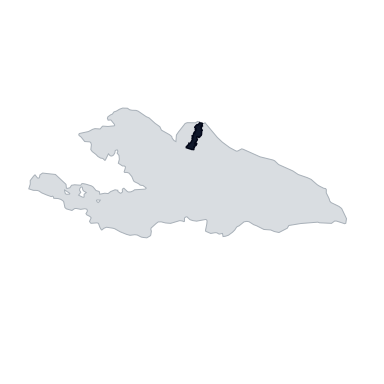 location of Moskva, Chuy, Kyrgyzstan, rotated 22°
{"feature_id": "92254566B97912896039768", "entity_name": "Moskva", "entity_type": "district", "adm_level": 2, "iso_a3": "KGZ", "parent_name": "Kyrgyzstan", "parent_adm1": "Chuy", "projection": "robinson", "projection_center": [74.071, 42.777], "detail": "fine", "context": "in_parent", "style": "filled", "palette": "ink", "viewbox_px": 384, "rotation_deg": 22, "n_neighbors": 0, "source": "geoboundaries", "source_scale": "gbopen_adm2", "svg_char_len": 6709}
<svg xmlns="http://www.w3.org/2000/svg" viewBox="0 0 384 384"><g transform="rotate(22 192 192)"><path d="M86.7,225.6L87.6,225.1L90.5,224.5L96.5,224.0L98.5,224.4L102.5,226.6L105.6,226.3L106.2,226.7L107.3,228.6L111.6,225.8L114.8,224.9L116.4,222.1L119.8,218.8L122.6,218.2L122.7,218.8L123.2,219.3L126.1,220.0L127.0,219.1L127.5,217.9L126.5,216.0L126.5,215.2L127.4,214.0L132.0,215.8L133.1,215.8L135.2,214.8L137.1,212.9L137.9,211.5L147.4,206.9L148.1,206.0L147.9,205.4L144.0,204.3L142.2,204.9L140.5,204.9L139.5,204.3L134.7,204.0L133.6,203.5L130.4,200.2L126.5,198.1L124.5,198.2L122.2,199.1L121.5,198.7L121.3,195.5L120.9,193.6L119.5,193.2L117.8,193.9L112.9,192.9L112.4,188.9L110.6,185.4L108.0,184.0L108.0,181.9L107.1,181.0L106.3,181.3L105.3,182.3L105.8,184.7L105.4,187.0L104.8,188.1L103.6,189.0L102.4,189.0L100.2,187.9L99.7,194.9L99.3,195.3L96.7,194.3L94.5,194.8L91.4,194.3L89.0,193.2L84.4,191.9L82.3,190.6L81.0,185.8L79.7,184.2L78.5,183.8L73.6,185.4L68.6,182.6L66.1,181.9L65.5,181.1L65.6,180.0L73.4,174.7L76.4,171.1L78.3,169.6L83.2,168.0L84.3,164.7L84.7,164.3L89.6,162.7L95.1,159.8L95.3,159.0L94.7,158.3L89.8,155.6L87.3,156.8L85.9,155.3L85.9,153.7L87.6,151.0L89.0,149.6L89.6,147.0L91.6,145.3L93.7,142.5L96.2,140.2L100.8,138.5L103.3,139.1L105.7,138.7L109.5,137.3L111.7,137.2L121.3,139.3L124.5,139.4L131.9,142.1L137.7,143.5L140.5,146.1L149.8,147.3L152.4,148.1L153.3,149.4L155.9,151.0L158.2,151.3L156.2,145.0L157.0,141.3L160.0,131.0L161.6,129.5L169.2,126.6L170.9,124.4L176.4,124.5L177.5,124.1L178.1,122.9L195.0,131.9L201.4,134.4L210.2,136.7L217.7,137.5L219.0,136.9L221.9,133.4L223.3,133.2L241.9,133.9L255.1,132.0L257.0,132.1L262.0,134.1L277.7,134.7L283.9,136.0L293.7,135.5L297.8,135.7L305.2,138.3L307.9,138.8L312.7,139.2L314.6,138.8L315.6,139.4L316.8,142.5L321.4,146.6L323.2,148.8L324.9,149.7L333.6,150.3L336.9,151.2L345.2,158.8L346.3,163.3L345.5,164.2L337.0,164.8L335.1,165.5L333.1,168.8L321.7,172.8L320.0,172.8L304.8,180.4L294.3,186.8L293.9,189.9L287.8,197.0L283.1,197.8L279.2,197.7L272.7,199.8L264.3,199.1L261.5,199.2L256.0,198.2L253.8,198.7L251.4,200.2L248.3,205.8L246.9,207.1L246.4,208.4L245.9,211.1L244.7,214.0L242.0,218.4L239.7,220.4L237.5,221.7L235.8,219.0L232.9,220.9L230.3,220.5L228.6,221.1L224.9,223.4L219.5,223.3L218.9,222.5L217.7,216.1L216.8,213.1L216.0,212.4L215.0,212.3L207.2,217.3L203.5,218.2L200.5,218.4L196.6,216.9L195.8,217.3L195.1,218.1L194.8,219.1L196.0,222.0L195.6,222.5L193.9,222.5L191.4,223.1L183.9,229.1L179.1,230.6L174.7,231.2L172.0,232.3L170.6,234.5L167.6,240.7L167.8,242.0L169.0,243.6L169.9,247.4L169.7,248.3L167.3,251.4L164.2,252.3L161.9,252.8L157.3,252.4L155.0,253.0L150.7,255.4L147.1,255.8L140.4,255.8L133.8,255.0L131.7,255.3L125.9,256.7L123.8,258.8L122.8,260.8L122.2,261.1L119.9,259.3L117.0,256.1L115.5,256.2L110.2,258.8L109.5,258.7L108.0,257.7L108.2,253.7L106.5,252.9L103.0,252.6L101.8,251.8L102.2,249.2L101.8,248.2L100.9,247.4L99.0,247.6L95.3,249.8L90.9,250.6L89.4,251.3L87.6,254.1L81.8,254.7L80.0,254.0L76.5,248.8L73.5,248.0L70.4,248.2L66.2,249.6L65.3,248.4L64.2,248.1L63.2,249.0L58.1,249.2L52.9,249.1L49.9,248.4L48.0,248.5L44.2,249.9L39.5,250.2L39.1,245.3L37.7,242.0L39.2,236.6L40.0,234.9L43.5,236.9L44.8,236.5L45.1,235.5L44.6,233.1L46.4,230.4L58.8,226.9L72.3,232.1L74.1,235.5L75.2,235.3L77.2,233.8L77.8,230.9L80.4,229.3L86.3,227.4L86.7,225.6ZM93.5,237.5L93.8,237.0L92.8,234.5L94.2,232.1L91.4,231.7L90.0,231.0L88.5,228.7L88.0,228.6L87.1,229.2L86.7,230.8L87.0,232.4L89.0,234.0L88.0,237.4L92.1,237.8L93.5,237.5ZM79.3,239.8L79.2,239.1L78.2,238.8L73.1,237.8L73.3,238.5L75.2,241.0L76.7,241.1L79.3,239.8ZM109.7,235.5L110.0,233.9L106.9,234.9L106.6,235.6L107.6,236.6L108.9,237.0L109.7,235.5Z" fill="#d9dde1" stroke="#a8b0b8" stroke-width="1"/><path d="M177.5,149.7L176.9,149.2L177.1,148.9L177.3,148.8L177.4,148.5L177.5,148.3L177.7,148.1L177.9,147.8L178.1,147.5L178.2,147.4L178.3,147.2L178.3,146.9L178.2,146.5L178.3,146.1L178.3,145.9L178.4,145.6L178.3,145.4L177.9,145.3L177.7,145.6L177.7,145.9L177.9,146.4L177.8,146.6L177.4,146.6L176.9,146.4L176.5,146.2L176.2,145.8L176.2,145.6L176.3,145.4L176.5,145.0L176.6,144.6L176.9,144.2L177.0,144.1L177.0,143.9L177.1,143.2L177.1,142.6L177.3,142.1L177.4,141.7L177.3,141.4L177.1,141.1L176.6,140.7L176.4,140.4L176.2,140.1L176.0,139.6L175.8,139.3L175.8,138.9L176.1,138.7L176.5,138.6L176.9,138.7L177.3,138.7L177.8,138.8L177.8,138.7L177.5,138.5L177.4,138.4L177.6,138.2L177.8,138.2L178.2,138.2L178.5,138.2L178.7,137.4L178.8,136.9L179.1,136.5L179.3,136.0L179.2,134.9L179.1,134.6L178.9,134.1L178.5,132.9L178.4,132.5L178.2,132.1L177.8,131.8L177.7,131.6L177.9,131.5L178.1,131.4L178.3,131.3L178.4,131.1L178.3,130.9L178.2,130.8L177.5,130.3L177.2,130.1L176.9,129.8L176.6,129.2L176.4,128.9L176.3,128.6L176.4,128.4L176.5,128.3L176.6,128.1L176.7,127.8L176.7,127.6L176.2,127.6L175.9,127.6L175.8,127.3L175.8,127.2L176.0,127.0L176.5,126.9L176.8,126.7L176.7,126.6L176.3,126.5L176.3,126.3L176.2,125.9L176.1,125.7L176.1,125.2L176.0,124.8L176.0,124.5L175.8,124.5L175.7,124.5L175.4,124.6L175.1,124.6L174.9,124.6L174.7,124.7L174.4,124.7L174.1,124.9L173.8,125.0L173.7,125.0L173.3,125.1L173.2,125.0L173.1,125.3L172.9,125.9L172.9,126.3L172.7,126.7L172.7,127.0L172.5,127.4L171.8,127.6L171.5,127.6L171.4,127.8L171.2,128.1L171.1,128.3L170.9,128.7L170.8,128.9L170.8,129.1L170.7,129.5L170.6,129.8L170.5,130.1L170.4,130.2L170.4,130.5L170.3,130.8L170.3,131.0L170.7,131.3L171.2,131.6L171.8,131.8L172.2,131.9L172.2,132.0L171.9,132.2L171.9,132.4L171.8,132.5L171.7,132.6L171.7,133.0L172.0,133.2L172.3,133.3L172.4,133.5L172.4,133.8L172.3,134.0L172.3,134.3L172.3,134.6L172.3,134.9L172.1,135.1L172.2,135.5L172.1,135.4L171.9,135.3L171.8,135.5L171.8,135.8L171.9,136.0L171.7,136.2L171.7,136.4L171.7,136.6L171.6,136.8L171.6,137.1L171.6,137.4L171.7,137.6L171.8,137.8L171.9,138.2L171.9,138.4L171.9,138.8L171.9,139.2L172.0,139.3L172.0,139.6L172.1,139.8L172.2,140.1L171.8,139.9L171.7,139.7L171.4,139.6L171.1,139.8L171.2,140.0L171.4,140.3L171.5,140.5L171.7,140.9L171.8,141.2L172.0,141.7L172.0,141.8L172.0,142.1L172.1,142.5L172.5,142.5L172.8,142.9L172.9,143.1L172.7,143.5L172.7,143.8L172.6,144.1L172.6,144.6L172.5,145.3L172.5,145.8L172.4,146.1L172.3,146.7L172.3,147.0L172.2,147.3L172.0,147.6L171.8,147.7L171.5,147.8L171.2,147.8L170.9,147.8L170.9,148.1L171.0,148.3L171.1,148.5L171.0,148.8L171.0,149.0L171.0,149.3L171.1,149.6L171.0,149.8L170.8,150.0L170.5,150.3L170.4,150.4L170.3,150.6L170.4,150.9L170.4,151.1L170.4,151.5L170.2,151.6L170.0,151.8L169.8,152.0L170.0,152.5L170.1,152.8L170.1,153.0L170.9,153.0L171.7,152.9L172.5,152.9L173.0,152.8L173.7,152.8L174.2,152.7L174.9,152.7L175.6,152.7L176.0,152.6L176.3,152.5L176.7,152.3L177.1,152.2L177.4,152.2L177.7,152.0L177.7,151.7L177.5,151.2L177.4,151.0L177.3,150.4L177.4,150.0L177.5,149.9L177.5,149.7Z" fill="#0f172a" stroke="#020617" stroke-width="1.5"/></g></svg>